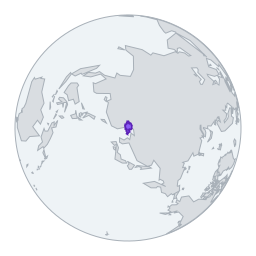 Shandong on an orthographic globe, rotated 115°
{"feature_id": "CHN-1814", "entity_name": "Shandong", "entity_type": "Province", "adm_level": 1, "iso_a3": "CHN", "parent_name": "China", "parent_adm1": "", "projection": "orthographic", "projection_center": [118.824, 36.396], "detail": "fine", "context": "on_globe", "style": "filled", "palette": "violet", "viewbox_px": 256, "rotation_deg": 115, "n_neighbors": 0, "source": "natural_earth", "source_scale": "10m", "svg_char_len": 13866}
<svg xmlns="http://www.w3.org/2000/svg" viewBox="0 0 256 256"><g transform="rotate(115 128 128)"><circle cx="128" cy="128" r="113" fill="#eef3f6" stroke="#a8b0b8"/><path d="M222.8,184.1L222.7,184.6L222.8,184.1ZM207.8,48.5L204.7,46.4L195.2,40.6L195.3,39.8L193.0,38.8L192.8,39.8L193.1,40.7L184.9,40.6L182.7,46.5L185.7,50.5L182.1,48.2L190.5,57.6L191.7,63.4L188.0,55.6L185.8,53.9L185.5,57.1L183.2,56.1L181.8,57.1L179.1,55.8L177.1,51.6L175.3,50.7L175.2,53.1L172.4,53.4L172.8,50.0L168.0,50.3L163.8,44.1L167.2,37.3L162.6,33.8L160.0,27.0L158.0,27.0L155.7,24.8L152.5,24.0L152.9,23.2L149.9,23.3L150.2,24.2L148.9,24.6L147.1,24.3L147.3,23.2L148.3,23.1L147.3,22.7L148.3,22.3L146.8,22.3L147.3,21.2L144.0,21.9L142.0,20.7L143.1,20.1L146.6,20.6L157.9,21.5L160.1,21.6L159.6,20.8L151.2,18.0L152.1,18.0L151.2,17.8L159.1,19.7L166.9,22.3L174.4,25.4L181.8,29.0L188.8,33.2L195.5,37.8L201.9,43.0L207.8,48.5ZM149.0,17.3L148.5,17.2L148.8,17.4L144.5,16.8L145.4,17.4L143.7,17.4L143.2,18.0L139.4,17.5L136.0,16.7L136.2,16.2L134.7,15.9L131.3,16.2L128.7,15.5L122.1,15.5L131.1,15.4L140.1,16.0L149.0,17.3ZM234.2,103.6L233.3,101.7L234.0,101.7L234.2,103.6ZM232.7,101.4L233.0,101.9L232.7,101.6L232.7,101.4ZM232.4,101.8L232.6,101.5L232.5,102.0L232.4,101.8ZM232.2,102.6L232.3,102.1L232.2,102.6ZM231.4,103.1L231.2,103.2L231.2,102.5L231.4,103.1ZM193.7,41.4L193.0,39.9L194.1,39.5L194.9,40.8L193.7,41.4ZM191.2,42.6L190.3,41.5L192.9,42.4L192.6,42.7L191.2,42.6ZM188.5,53.8L188.4,52.1L189.3,54.1L188.5,53.8ZM182.0,57.5L182.8,58.4L181.7,58.6L182.0,57.5ZM145.4,18.3L144.3,18.2L145.0,18.1L145.4,18.3ZM146.1,18.8L147.6,18.9L148.2,19.1L147.3,19.1L146.1,18.8ZM176.6,56.8L174.6,57.0L176.3,56.0L176.6,56.8ZM144.2,18.7L149.0,19.6L150.0,20.1L147.3,20.4L144.2,18.7ZM173.2,56.7L168.5,57.6L169.7,59.5L163.4,54.9L169.6,55.5L171.4,53.9L171.6,55.7L173.2,56.7ZM151.0,24.6L150.7,23.6L152.7,24.8L151.0,24.6ZM152.6,25.2L160.5,28.6L160.1,30.1L157.5,28.5L158.3,30.9L154.2,29.9L152.8,28.4L153.9,27.6L151.5,27.9L152.6,25.2ZM160.7,52.4L159.3,52.1L160.4,51.7L160.7,52.4ZM148.6,24.8L150.2,25.3L149.9,26.6L146.6,25.9L147.8,25.7L148.6,24.8ZM160.5,32.0L159.7,33.0L156.1,32.4L155.3,32.7L154.0,30.0L160.5,32.0ZM146.9,25.2L144.9,25.5L143.3,24.7L147.0,24.5L146.9,25.2ZM151.3,27.2L151.0,27.8L150.1,27.2L151.3,27.2ZM136.7,22.3L138.6,22.7L138.6,23.3L136.7,22.3ZM144.3,25.7L144.8,26.0L145.1,26.3L143.5,26.4L144.3,25.7ZM151.6,29.9L150.3,29.5L152.0,30.9L149.4,30.7L149.0,29.0L148.0,29.6L147.2,29.6L147.8,28.3L151.6,29.9ZM142.6,27.5L141.1,25.5L137.5,24.6L137.4,24.0L143.3,25.5L142.6,27.5ZM145.6,28.1L143.7,27.5L144.5,26.9L146.3,26.9L145.6,28.1ZM147.7,31.2L151.8,32.0L151.8,32.4L147.7,31.2ZM141.3,27.4L141.7,27.9L141.0,27.4L141.3,27.4ZM145.6,30.1L147.0,30.3L147.0,30.7L145.6,30.1ZM141.2,28.8L140.8,28.1L142.0,28.0L141.2,28.8ZM143.1,29.5L142.6,30.0L142.7,28.4L143.8,29.5L143.1,29.5ZM145.3,30.5L145.7,30.8L144.7,30.4L145.3,30.5ZM136.9,29.7L136.7,27.7L139.4,27.4L139.2,29.4L136.9,29.7ZM49.5,47.3L49.1,47.6L43.5,55.4L42.2,57.3L39.2,60.0L32.1,72.5L34.1,71.7L31.3,81.6L31.8,86.3L38.4,80.7L37.7,72.8L41.1,68.0L44.6,71.4L45.8,78.9L47.2,77.3L49.4,70.0L52.8,69.5L50.6,67.4L49.2,69.9L47.8,68.8L49.0,66.5L50.1,66.3L50.6,63.7L45.1,65.7L43.1,68.4L42.5,63.9L39.1,68.2L37.9,68.2L43.2,61.1L45.0,59.6L52.3,50.5L50.3,51.5L43.3,60.3L44.1,58.6L41.4,60.6L44.1,57.8L52.3,48.3L53.9,44.9L50.5,46.3L51.6,45.2L59.8,38.4L63.3,35.9L58.0,40.8L60.3,39.5L65.9,35.6L63.8,37.6L65.5,36.7L63.9,38.6L66.3,39.1L65.4,41.0L70.6,39.3L70.9,40.2L67.7,40.9L65.0,42.6L63.3,48.1L64.3,48.5L67.8,47.1L66.9,49.0L70.6,46.9L71.7,49.6L73.4,44.6L77.6,43.3L80.7,44.1L82.4,42.8L77.4,41.6L75.1,41.9L72.7,43.6L66.8,44.4L66.4,43.0L73.7,39.1L74.0,36.9L79.6,35.3L89.7,39.0L91.7,41.9L85.8,49.7L82.8,49.7L83.5,46.8L78.9,50.8L81.2,49.8L80.4,51.5L84.2,51.0L83.9,52.2L88.2,49.8L88.2,51.2L85.5,52.7L91.1,53.6L92.3,56.6L93.8,56.2L95.0,55.0L95.7,59.8L96.7,59.4L96.9,57.6L99.1,55.6L103.2,54.1L103.2,55.8L101.7,56.6L98.6,61.0L94.6,63.1L95.0,63.7L98.5,62.3L102.3,56.9L104.8,55.5L103.4,58.1L104.1,57.1L105.4,56.9L106.6,58.5L108.3,55.8L122.0,53.2L125.7,56.4L123.0,58.7L132.5,59.8L136.0,63.9L136.2,62.1L140.8,61.8L139.8,60.5L140.3,59.7L151.8,59.1L154.5,60.5L159.7,58.9L159.8,58.1L158.1,56.9L163.4,54.9L169.7,59.5L169.2,61.0L173.5,63.1L171.7,66.5L172.2,70.4L167.8,73.4L168.6,76.6L170.2,77.0L172.5,81.9L171.6,90.7L165.2,81.4L165.1,69.1L164.6,73.7L162.6,72.2L161.1,73.6L160.9,77.1L162.1,77.8L151.0,81.8L146.3,91.0L151.7,91.0L154.5,94.1L153.8,106.0L141.1,120.8L144.7,126.3L144.4,129.7L140.4,131.5L140.6,126.5L137.1,124.4L137.8,121.5L131.4,123.0L132.2,119.0L126.8,122.5L128.1,125.9L133.5,125.8L128.5,130.9L133.2,137.2L133.0,143.9L122.7,154.4L113.3,156.5L112.6,158.5L109.3,155.5L104.3,158.7L109.9,171.1L109.6,174.2L101.7,178.7L101.6,176.3L92.8,168.6L90.7,175.6L97.4,183.3L99.6,190.6L94.3,187.3L92.0,180.7L88.9,177.7L90.1,171.5L88.2,161.0L82.9,161.3L83.6,157.4L80.2,147.6L72.7,147.6L60.6,153.5L58.3,162.8L54.4,165.2L51.0,148.2L52.3,138.1L49.4,137.2L47.3,125.9L38.9,117.4L39.2,114.3L37.3,113.7L36.1,108.4L37.2,103.4L35.8,101.7L33.3,114.9L35.0,116.9L38.5,115.4L37.3,119.4L38.7,125.4L31.7,129.6L21.7,124.7L23.3,117.1L29.1,91.3L30.4,89.8L30.5,89.5L30.8,89.1L28.6,91.2L30.5,86.5L24.6,102.7L22.5,108.6L21.5,124.9L20.9,125.3L21.4,129.5L26.1,133.9L25.5,136.1L21.7,142.9L17.6,147.4L19.6,158.2L21.3,164.1L19.0,156.5L17.3,148.8L16.1,140.9L15.5,133.1L15.4,125.1L15.9,117.2L16.9,109.4L18.5,101.6L20.6,94.0L23.3,86.5L26.4,79.3L30.1,72.2L34.3,65.5L38.9,59.1L44.0,53.0L49.5,47.3ZM44.3,91.1L46.7,95.8L50.2,89.3L51.5,90.6L52.2,88.1L50.5,88.8L53.0,82.2L55.7,82.9L57.7,80.6L57.0,79.0L51.7,78.9L48.1,88.2L45.5,89.0L44.3,91.1ZM76.2,30.9L74.2,32.2L72.6,32.5L73.7,30.8L76.0,30.2L76.2,30.9ZM71.7,34.0L78.6,31.0L78.2,32.2L77.3,32.0L76.3,33.1L74.5,33.1L67.3,37.4L65.4,38.0L68.6,34.1L68.6,34.9L70.6,33.5L71.7,34.0ZM97.1,23.9L100.1,23.3L95.3,26.6L93.0,26.8L94.0,24.9L97.3,23.5L97.1,23.9ZM138.5,19.4L139.9,19.5L138.6,19.9L138.5,19.4ZM137.6,22.4L132.0,19.6L133.4,19.5L128.5,18.4L130.3,17.6L133.4,18.3L131.1,17.1L134.6,17.4L132.6,16.7L139.4,18.3L142.4,18.7L138.4,18.4L136.7,19.1L136.8,19.5L139.7,21.1L145.4,22.7L144.7,23.8L142.6,24.2L141.1,24.0L142.1,23.3L139.4,23.5L139.6,22.3L137.6,22.4ZM118.8,31.6L120.5,30.3L115.1,31.7L115.4,30.1L114.7,30.4L113.4,29.3L110.8,28.6L111.4,27.9L110.1,27.9L109.3,27.3L107.7,27.2L108.3,25.9L106.4,25.8L107.7,25.3L104.3,25.4L107.1,24.8L106.2,24.1L104.0,25.0L111.0,19.7L111.7,18.3L110.8,17.7L115.7,17.1L119.7,17.5L122.5,18.7L121.1,20.3L123.6,19.9L123.6,20.6L121.6,20.6L124.7,21.0L124.2,21.6L126.7,23.5L131.5,24.0L132.5,24.9L130.4,25.0L132.9,25.8L129.6,26.6L130.3,27.3L127.8,28.9L123.3,29.0L124.4,29.8L122.5,31.2L118.8,31.6ZM136.0,30.1L130.7,30.3L128.2,29.5L133.7,27.0L133.5,26.3L136.9,24.9L140.5,26.1L139.2,26.3L138.8,26.9L137.8,26.3L138.2,27.2L136.4,27.6L136.3,28.4L134.6,28.2L136.0,30.1ZM42.9,57.3L42.3,58.4L41.9,59.8L40.2,61.2L42.9,57.3ZM48.4,50.8L48.2,51.4L45.5,53.7L46.2,52.7L48.4,50.8ZM50.3,49.9L48.4,51.2L49.8,49.9L50.3,49.9ZM67.7,41.5L67.8,42.2L66.9,42.7L65.8,42.8L67.7,41.5ZM102.8,36.6L104.2,35.7L104.8,35.9L108.8,35.0L109.0,36.3L106.6,37.4L102.8,36.6ZM37.0,80.6L35.5,80.5L36.0,79.1L36.4,79.4L37.0,80.6ZM36.9,70.2L35.8,73.4L36.4,70.6L36.9,70.2ZM103.7,37.9L105.3,37.3L104.4,38.4L103.7,37.9ZM109.3,37.3L108.6,38.4L109.4,36.4L109.3,37.3ZM25.3,174.3L23.8,170.6L24.9,171.8L24.7,169.7L27.0,175.6L30.3,184.0L25.3,174.3ZM128.3,209.0L131.8,209.5L131.7,209.9L128.3,209.0ZM124.6,207.4L128.6,207.8L124.0,208.2L124.6,207.4ZM130.1,207.9L134.2,207.3L135.9,206.8L135.6,207.6L130.1,207.9ZM121.9,207.2L107.6,205.4L102.0,203.4L103.2,202.2L112.3,204.0L121.9,207.2ZM102.8,202.0L94.3,196.1L83.2,180.3L87.2,181.7L98.9,192.4L98.1,193.6L103.2,197.9L102.8,202.0ZM123.6,197.1L122.8,200.9L114.8,199.8L111.2,198.6L108.7,193.2L110.1,190.8L113.0,191.3L124.7,183.4L128.7,186.0L125.0,189.6L128.3,193.4L123.6,197.1ZM58.6,163.9L60.4,170.7L58.3,170.6L58.6,163.9ZM129.7,177.1L124.8,180.9L129.3,175.6L129.7,177.1ZM132.5,171.9L132.7,174.1L130.9,171.9L132.5,171.9ZM112.3,161.6L109.1,161.6L109.2,160.0L113.2,159.0L112.3,161.6ZM132.7,149.6L132.3,154.4L131.5,156.0L130.3,153.0L132.7,149.6ZM107.3,50.0L101.5,49.7L97.5,50.7L95.4,53.0L95.9,49.7L102.1,48.1L107.3,50.0ZM120.2,52.5L122.0,50.7L122.9,51.8L122.6,52.4L120.2,52.5ZM120.1,51.2L119.2,48.6L121.3,47.8L121.6,50.0L120.1,51.2ZM111.2,42.7L109.5,42.4L110.3,41.6L111.2,42.7ZM165.3,233.5L165.3,232.7L169.9,231.3L167.9,232.6L165.3,233.5ZM202.1,212.8L203.3,211.5L202.9,212.2L202.1,212.8ZM148.8,231.0L126.7,234.8L121.8,234.1L123.0,232.8L118.3,227.6L119.9,227.9L118.8,224.2L131.8,221.4L141.0,214.6L148.4,214.8L153.9,209.3L161.5,209.0L159.2,213.3L167.1,214.9L172.5,204.9L177.3,213.5L183.0,215.0L184.6,219.2L174.3,228.5L168.4,231.2L167.3,231.0L164.8,232.1L161.0,232.7L158.9,231.2L156.4,232.2L158.8,230.3L155.3,232.2L153.3,231.1L148.8,231.0ZM203.1,203.4L204.2,203.0L205.9,203.4L204.1,204.1L203.1,203.4ZM220.0,188.1L220.4,188.3L219.3,189.4L220.0,188.1ZM222.6,184.7L221.2,186.2L222.8,184.1L222.6,184.7ZM209.0,195.5L209.5,195.7L209.1,196.2L209.0,195.5ZM208.6,195.6L209.2,194.3L209.1,195.3L208.6,195.6ZM203.3,193.1L204.0,192.3L204.3,192.6L203.3,193.1ZM137.0,209.7L141.8,206.9L144.5,206.6L137.0,209.7ZM202.3,192.5L200.6,193.1L200.8,192.4L202.3,192.5ZM202.4,191.2L202.2,190.5L203.3,191.8L202.4,191.2ZM199.1,190.7L201.2,191.3L198.9,190.9L199.1,190.7ZM197.9,191.3L196.4,191.2L196.5,190.9L197.9,191.3ZM180.8,197.1L186.5,200.4L181.9,201.4L176.8,199.6L172.9,203.0L163.9,203.9L165.9,201.9L164.7,199.4L155.5,199.1L153.6,197.5L156.9,196.1L150.8,194.9L157.5,193.7L160.2,197.3L163.9,194.0L170.5,193.9L176.8,194.2L182.0,195.8L180.8,197.1ZM157.5,201.8L158.7,201.7L157.7,202.9L157.5,201.8ZM193.4,190.2L195.7,191.2L195.4,191.7L194.3,191.8L193.4,190.2ZM183.2,195.0L188.7,190.7L190.0,190.4L186.4,194.7L183.2,195.0ZM187.4,189.1L189.9,188.8L191.3,190.1L190.8,190.8L187.4,189.1ZM144.0,199.0L143.7,200.0L142.0,199.2L144.0,199.0ZM146.2,198.4L151.4,199.3L145.7,199.3L146.2,198.4ZM130.7,194.4L132.1,197.0L136.9,195.6L133.3,197.7L136.5,201.8L135.4,203.3L132.2,198.9L131.1,203.2L129.1,203.0L127.9,199.2L130.0,194.6L132.1,192.7L140.6,192.2L130.7,194.4ZM146.2,195.4L144.8,192.5L145.8,190.5L147.3,192.0L146.2,195.4ZM140.8,185.3L137.3,181.6L134.0,182.9L140.7,178.1L143.0,182.4L140.8,185.3ZM138.0,177.3L134.9,178.5L138.1,175.6L138.0,177.3ZM134.1,177.2L133.9,174.6L136.3,175.1L134.1,177.2ZM139.5,177.5L140.3,173.2L141.4,175.7L139.5,177.5ZM133.1,168.8L138.1,173.3L131.4,171.1L131.5,162.6L134.4,162.5L133.1,168.8ZM151.2,133.5L150.7,130.9L153.4,130.3L153.0,132.3L151.2,133.5ZM161.7,126.7L154.0,129.3L147.7,131.7L149.5,132.9L147.8,137.3L145.3,133.1L149.9,128.3L154.6,127.4L155.5,123.6L159.1,121.1L158.7,116.4L160.4,114.4L162.2,118.4L161.7,126.7ZM158.4,114.5L159.0,106.3L163.9,107.3L164.9,109.3L162.5,112.6L160.1,111.8L158.4,114.5ZM160.6,104.7L158.2,104.0L154.1,92.1L154.5,89.9L160.2,99.1L158.3,99.0L158.4,101.8L160.6,104.7ZM159.6,53.1L159.3,52.2L160.4,52.9L159.6,53.1ZM139.6,59.0L140.4,58.0L141.6,58.7L139.6,59.0ZM143.2,55.7L141.2,55.6L143.3,55.0L143.2,55.7ZM136.8,55.4L140.4,55.1L136.9,56.5L136.8,55.4Z" fill="#d9dde1" stroke="#a8b0b8" stroke-width="1"/><path d="M126.5,124.3L126.7,124.5L126.8,124.5L127.0,124.6L127.4,124.6L127.6,124.7L128.0,124.5L128.2,124.8L128.3,124.9L128.4,125.0L128.5,125.1L128.7,125.3L128.7,125.5L128.5,125.4L128.4,125.4L128.3,125.5L128.2,125.6L128.2,125.8L128.2,126.1L128.5,126.5L129.0,126.6L129.3,126.5L129.5,126.5L129.7,126.3L129.6,126.1L129.9,125.9L130.1,125.8L130.3,125.6L130.2,125.5L130.4,125.4L130.5,125.3L131.0,125.1L131.3,125.2L131.3,125.3L131.6,125.4L131.6,125.5L131.9,125.6L132.0,125.6L131.9,125.5L132.0,125.5L132.1,125.8L132.3,125.9L132.5,125.8L132.9,125.8L133.0,125.9L132.9,125.8L133.0,125.7L133.2,125.8L133.3,125.8L133.7,125.9L133.8,125.9L134.0,125.9L134.0,126.0L134.0,125.9L133.9,126.0L133.9,126.3L134.0,126.3L133.9,126.3L133.7,126.4L133.7,126.5L133.7,126.4L133.7,126.5L133.8,126.6L133.8,126.9L133.7,126.9L133.7,127.0L133.3,127.0L133.3,126.9L133.2,126.8L133.3,126.7L133.2,126.7L133.2,126.8L132.9,126.7L132.9,126.8L132.7,127.0L132.4,127.1L132.5,127.1L132.4,127.1L132.4,127.3L132.4,127.2L132.2,127.2L132.3,127.1L132.2,127.1L132.0,127.3L131.9,127.3L131.7,127.4L131.6,127.5L131.3,127.6L131.2,127.5L131.3,127.6L131.3,127.8L131.2,128.0L131.2,127.9L130.9,128.0L131.0,128.1L130.9,128.1L131.0,128.4L131.0,128.5L130.9,128.5L130.7,128.5L130.4,128.7L130.4,128.4L130.3,128.2L130.3,128.3L130.2,128.4L130.0,128.5L130.1,128.8L130.3,128.8L130.3,128.7L130.4,128.8L130.2,128.9L130.2,129.0L130.1,128.9L130.1,129.0L129.9,129.1L129.9,129.3L129.8,129.2L129.7,129.3L129.8,129.3L129.7,129.4L129.7,129.5L129.6,129.4L129.6,129.5L129.3,129.6L129.2,130.0L128.9,130.2L128.9,130.6L128.7,130.6L128.4,130.6L128.2,130.6L128.0,130.9L127.9,131.1L127.9,131.3L127.6,131.3L127.4,131.4L127.4,131.5L127.3,131.8L127.2,131.9L126.9,131.9L126.9,131.6L126.8,131.4L126.6,131.4L126.4,131.4L126.3,131.7L126.1,131.7L126.0,131.8L125.9,131.8L125.6,131.5L125.4,131.6L125.4,131.8L125.3,131.7L125.1,131.3L125.0,131.1L124.8,130.8L124.7,130.8L124.2,130.9L124.1,131.0L124.1,131.3L123.8,131.5L123.7,131.5L123.6,131.4L123.5,131.5L123.4,131.4L123.4,131.5L123.2,131.5L122.9,131.4L122.9,131.5L122.7,131.5L122.6,131.4L122.5,131.2L122.3,130.9L122.2,131.0L122.2,130.8L121.8,130.6L121.7,130.6L121.6,130.4L121.8,130.2L122.0,129.9L122.3,129.8L122.4,129.7L122.5,129.6L122.5,129.4L122.7,129.2L122.9,129.2L123.1,129.0L123.3,129.0L123.3,128.9L123.5,128.7L123.6,128.8L123.6,128.6L123.4,128.7L123.2,128.6L123.1,128.8L122.8,128.9L122.7,128.9L122.6,129.0L122.4,129.1L122.5,128.8L122.6,128.7L122.7,128.4L122.7,128.2L122.4,127.7L122.5,127.5L122.6,127.4L122.7,127.2L123.0,127.1L123.2,126.8L123.2,126.7L123.3,126.6L123.4,126.4L123.5,126.2L123.8,126.0L124.0,126.0L124.0,125.9L123.9,125.9L124.0,125.8L124.0,125.7L124.2,125.8L124.3,125.8L124.5,125.5L124.6,125.4L124.8,125.2L125.2,125.2L125.3,125.1L125.8,125.1L126.0,124.8L126.1,124.7L126.3,124.6L126.4,124.4L126.5,124.3ZM130.9,124.9L131.0,125.0L130.9,125.0L130.9,124.9ZM131.0,124.4L131.0,124.5L131.0,124.4Z" fill="#8b5cf6" stroke="#5b21b6" stroke-width="1.5"/></g></svg>